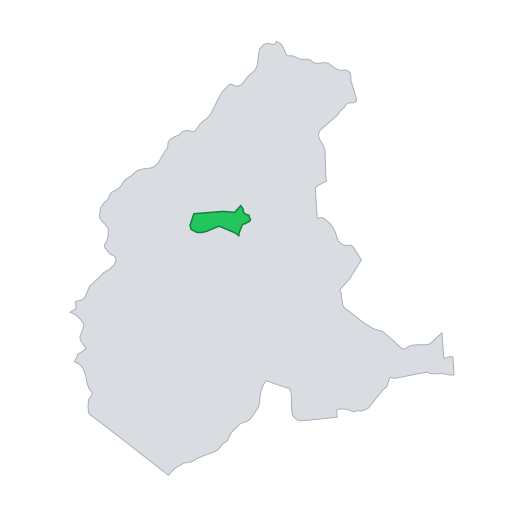 location of Tonj South, Warrap, South Sudan, rotated 86°
{"feature_id": "79223893B28236653000633", "entity_name": "Tonj South", "entity_type": "district", "adm_level": 2, "iso_a3": "SSD", "parent_name": "South Sudan", "parent_adm1": "Warrap", "projection": "robinson", "projection_center": [28.756, 7.089], "detail": "fine", "context": "in_parent", "style": "filled", "palette": "green", "viewbox_px": 512, "rotation_deg": 86, "n_neighbors": 0, "source": "geoboundaries", "source_scale": "gbopen_adm2", "svg_char_len": 4086}
<svg xmlns="http://www.w3.org/2000/svg" viewBox="0 0 512 512"><g transform="rotate(86 256 256)"><path d="M419.2,413.8L403.7,431.5L402.6,432.6L400.6,434.0L394.3,434.0L387.8,433.1L381.8,428.6L375.7,432.1L371.8,433.2L369.5,433.6L364.1,434.2L356.5,436.1L353.0,438.5L351.1,440.4L349.6,443.8L348.8,444.2L347.4,443.8L345.5,442.4L341.4,440.4L339.3,436.0L337.4,433.3L335.9,431.9L329.4,436.3L326.3,437.3L323.7,437.2L319.0,434.7L313.8,432.6L311.2,432.7L307.2,435.3L302.6,439.2L300.3,443.1L299.1,445.4L297.5,441.9L296.0,439.7L293.8,438.8L289.5,439.7L288.5,438.4L288.2,435.4L287.6,432.6L286.5,430.5L283.1,428.4L274.5,424.1L267.8,415.6L264.5,411.7L262.1,409.2L258.6,402.5L254.6,397.9L249.9,395.8L246.7,396.8L243.5,401.7L237.3,406.3L234.5,406.5L230.9,404.0L226.4,402.2L218.3,401.4L214.9,403.6L210.5,407.2L206.8,409.3L204.5,409.5L202.4,408.7L199.9,408.2L197.8,408.2L193.5,404.9L191.2,402.6L189.7,400.3L187.3,398.7L184.4,397.4L182.3,395.4L181.3,392.8L179.7,389.6L177.6,386.6L171.0,381.4L169.0,378.3L167.6,375.2L164.9,371.9L162.0,367.4L161.1,360.8L161.0,355.6L160.4,353.1L159.2,350.7L157.7,348.6L155.4,346.3L150.0,342.9L144.4,338.9L141.8,336.6L136.7,335.8L133.7,333.6L131.1,328.6L130.1,324.7L127.5,321.6L126.4,319.4L125.8,316.8L127.9,309.0L124.9,306.2L120.5,302.7L117.4,298.7L115.4,295.1L109.8,290.4L97.5,283.3L90.4,278.7L86.5,274.6L83.1,270.6L82.8,269.0L85.0,265.0L85.3,261.7L83.6,258.1L76.2,251.3L70.3,243.8L65.9,241.5L55.2,239.4L52.1,238.6L48.9,237.1L45.7,233.8L44.6,229.8L46.2,223.4L45.2,221.4L43.4,220.9L43.9,219.6L46.0,216.5L49.3,214.5L58.1,211.3L58.6,210.1L58.8,206.1L59.5,204.2L62.6,198.6L63.0,196.4L63.2,191.7L63.6,189.5L64.5,187.9L66.9,185.2L67.8,183.5L68.1,179.9L67.9,172.8L69.1,170.0L74.7,163.5L76.2,160.6L76.7,158.0L76.7,155.4L77.0,152.8L78.7,150.3L80.1,149.5L84.2,148.7L87.0,149.2L106.6,144.8L108.9,145.4L109.9,148.0L109.8,152.2L110.1,154.2L111.2,155.7L114.3,157.7L116.4,161.0L117.6,162.2L120.7,164.5L135.3,183.6L139.4,185.4L143.3,184.7L151.3,180.8L155.2,179.8L182.9,180.9L186.0,180.3L190.4,190.0L192.4,192.1L222.8,192.3L222.2,189.5L222.6,186.5L227.9,180.6L228.7,179.9L233.4,177.1L238.0,175.2L246.8,173.1L250.0,169.6L251.8,166.4L251.8,160.2L253.0,159.2L255.1,157.7L265.2,152.2L267.0,151.0L285.0,163.9L295.1,174.2L295.7,174.7L296.2,174.9L296.8,174.5L297.2,174.0L298.4,173.6L302.8,173.5L310.9,173.0L313.6,171.7L330.0,153.4L334.1,147.6L335.2,146.4L337.5,142.2L340.0,135.1L340.5,134.3L358.4,117.1L359.1,115.8L359.2,114.7L356.5,108.9L355.9,106.0L355.8,101.5L356.3,94.4L356.1,90.0L355.8,88.8L355.7,88.6L345.6,75.9L370.9,75.8L371.0,74.2L370.9,73.7L370.4,72.2L370.1,70.2L370.1,69.1L370.3,68.0L370.3,67.5L370.2,67.0L370.2,66.7L370.3,66.6L388.5,66.8L388.3,70.4L386.1,78.8L386.2,83.8L385.7,89.5L385.1,91.3L384.1,92.6L383.8,93.3L383.8,94.0L387.7,126.1L387.5,127.5L386.5,129.5L386.2,130.1L386.1,130.6L386.6,131.0L395.0,134.5L395.4,134.7L395.7,135.0L398.7,139.1L415.3,154.4L415.9,155.1L417.6,159.9L417.8,160.7L417.9,161.8L417.8,162.7L417.4,165.6L417.6,166.9L417.9,167.7L418.1,168.7L418.1,169.0L417.9,169.7L415.5,175.3L414.7,179.2L414.5,182.5L414.6,184.4L414.9,185.7L415.1,186.2L415.4,186.3L422.5,186.4L422.5,188.1L423.5,217.2L423.5,220.4L423.3,224.5L422.4,226.1L420.4,228.4L417.9,230.5L411.5,231.1L406.1,231.0L402.3,230.6L397.1,230.4L392.2,230.8L390.4,232.6L384.0,248.0L382.0,251.9L381.5,254.2L382.1,255.5L384.6,257.4L390.2,260.2L396.5,261.8L401.3,262.5L404.5,263.2L407.0,264.1L416.1,271.1L419.0,274.3L420.6,277.2L421.0,280.3L422.3,283.4L430.5,293.1L438.4,297.6L441.4,302.7L444.3,305.2L447.1,307.9L448.6,311.9L452.0,323.5L454.3,329.6L456.7,334.6L457.6,342.7L459.5,346.3L461.4,350.8L464.6,354.7L468.0,357.8L468.6,358.6L434.7,396.4L419.2,413.8Z" fill="#d9dde1" stroke="#a8b0b8" stroke-width="1"/><path d="M228.5,306.6L228.0,303.6L223.6,290.8L231.7,274.9L234.6,271.7L232.0,271.3L223.5,267.3L223.1,264.7L221.4,261.4L221.3,260.3L219.1,258.9L217.4,259.8L214.8,260.2L214.4,261.9L212.8,264.3L211.5,265.3L208.1,265.7L204.7,267.7L211.0,274.3L209.2,285.6L209.4,303.5L209.5,314.1L209.5,315.0L220.8,319.7L224.9,318.9L228.3,313.5L228.8,309.3L228.5,306.6Z" fill="#22c55e" stroke="#15803d" stroke-width="1.5"/></g></svg>